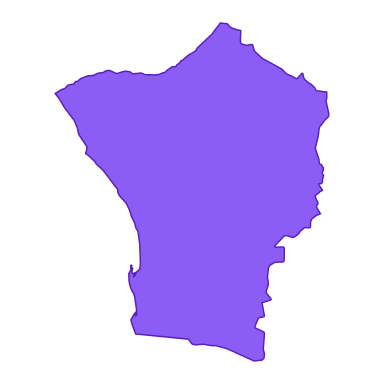 SVG path tracing the border of Erongo
{"feature_id": "NAM-3348", "entity_name": "Erongo", "entity_type": "Region", "adm_level": 1, "iso_a3": "NAM", "parent_name": "Namibia", "parent_adm1": "", "projection": "mercator", "projection_center": [15.284, -22.15], "detail": "fine", "context": "isolated", "style": "filled", "palette": "violet", "viewbox_px": 384, "rotation_deg": 0, "n_neighbors": 0, "source": "natural_earth", "source_scale": "10m", "svg_char_len": 4402}
<svg xmlns="http://www.w3.org/2000/svg" viewBox="0 0 384 384"><path d="M135.7,334.0L132.2,324.7L131.0,320.1L131.1,319.1L131.9,318.2L134.2,314.0L135.3,312.8L135.3,315.0L135.7,315.9L136.3,315.4L136.6,313.1L136.5,309.2L134.7,297.3L133.7,293.7L132.1,291.0L130.8,288.1L129.8,284.8L129.1,281.3L128.8,274.6L128.9,273.6L129.3,272.6L130.5,270.7L130.8,269.7L130.8,265.5L131.1,265.3L131.7,265.3L131.9,265.7L131.4,266.5L131.8,267.2L132.3,268.2L132.7,268.6L132.1,270.6L132.0,272.7L132.7,273.8L134.7,272.8L134.5,274.0L133.4,277.1L134.8,275.7L136.9,271.6L138.2,270.7L139.3,269.7L140.0,267.4L140.4,262.7L139.8,244.8L138.0,231.4L135.8,227.8L134.8,223.3L131.4,216.3L129.6,210.2L126.5,203.8L126.0,203.0L119.8,196.1L117.9,192.7L117.8,190.3L117.6,189.4L103.1,170.3L96.0,163.7L95.3,162.0L87.5,154.7L85.7,153.8L85.7,152.8L86.1,151.7L86.3,151.2L86.9,148.7L87.0,148.0L86.7,146.7L86.3,145.8L78.7,134.4L77.3,127.9L74.4,120.7L64.7,107.9L58.8,98.1L55.2,93.5L61.2,89.7L64.5,88.6L65.3,88.1L66.1,87.3L67.2,85.7L67.6,85.4L68.4,85.1L71.7,84.3L72.8,84.2L73.7,84.0L74.2,83.7L74.6,82.9L74.9,82.3L75.3,81.8L75.7,81.5L77.3,81.4L78.0,81.1L79.3,79.7L81.2,78.3L88.3,75.7L92.5,75.6L93.1,75.5L93.8,75.2L96.3,73.9L97.6,73.4L99.7,72.9L102.3,72.7L103.0,72.5L103.7,72.2L104.7,71.5L105.5,71.1L106.5,70.7L108.1,70.5L109.0,70.4L109.8,70.5L115.7,73.2L116.2,73.4L116.8,73.5L117.4,73.4L117.9,73.3L122.7,71.7L125.2,71.2L129.2,71.6L129.7,71.8L130.2,72.0L132.2,73.5L132.7,73.8L133.3,73.9L135.5,73.5L138.1,73.4L139.4,73.1L140.3,73.0L141.1,73.0L141.6,73.2L145.1,74.7L145.8,74.8L151.0,74.7L154.0,75.0L154.6,75.0L156.0,74.7L156.9,74.6L158.8,74.6L159.5,74.3L161.9,73.2L163.6,72.7L164.4,72.5L165.0,72.3L165.6,71.8L166.6,70.7L167.3,70.0L169.4,68.8L171.7,67.1L172.2,66.8L172.6,66.7L174.4,66.7L175.6,66.5L176.0,66.2L176.4,65.8L176.8,65.0L177.3,64.4L178.2,63.9L178.8,63.6L179.4,63.2L179.8,62.7L180.4,61.5L180.6,61.1L181.0,60.9L182.5,60.3L183.1,59.8L184.0,58.8L189.0,54.7L191.1,53.7L195.6,50.9L196.1,50.4L196.6,49.0L197.5,47.8L210.6,35.4L211.4,34.9L216.7,27.7L218.9,25.2L219.5,24.0L220.4,23.0L227.2,23.8L228.0,24.4L228.5,25.1L229.3,26.2L230.7,27.4L232.6,28.3L236.6,29.7L240.8,30.6L240.4,41.3L240.6,42.3L241.2,43.8L246.0,45.2L246.8,45.3L247.8,45.2L251.0,44.5L252.0,44.4L252.4,44.8L252.8,45.4L254.2,50.6L255.1,51.7L262.6,58.6L281.4,68.8L287.0,74.3L291.4,75.9L295.4,78.2L296.5,78.6L297.1,78.5L297.7,78.0L301.8,73.6L302.3,73.2L302.7,73.4L302.9,74.0L303.6,77.3L304.2,78.6L305.2,79.9L307.7,82.1L309.0,83.1L310.6,83.9L311.3,84.4L314.5,87.6L314.9,88.1L315.5,89.5L316.0,90.3L316.7,90.7L317.6,90.9L326.7,92.0L326.8,97.8L326.0,101.1L328.8,113.6L328.5,116.6L324.7,120.2L321.0,125.3L319.8,126.6L319.5,127.5L319.1,128.8L318.1,136.8L315.3,148.2L319.0,159.8L319.1,162.1L319.6,163.8L320.0,164.0L320.8,164.4L321.7,165.2L323.2,167.6L323.4,169.1L323.2,170.4L322.7,171.4L322.3,172.3L322.2,173.2L322.7,174.2L323.4,175.1L323.6,175.6L323.5,176.0L323.2,176.6L322.5,179.4L322.4,182.3L321.7,183.3L320.8,183.8L319.8,183.7L319.0,183.7L318.6,184.0L318.9,184.9L322.0,189.4L322.4,190.3L321.8,190.7L319.9,191.6L318.8,192.9L315.7,195.3L315.1,196.0L315.3,196.9L317.9,203.0L317.9,203.8L317.7,204.3L317.0,205.1L316.7,205.6L316.5,206.4L316.8,207.5L317.3,208.6L320.4,213.7L316.5,215.4L312.1,218.7L311.1,220.3L310.6,221.9L310.5,226.5L310.4,226.9L310.0,227.7L309.0,227.8L307.8,227.8L306.4,227.6L305.2,227.6L304.1,227.9L303.2,228.8L299.9,231.7L298.7,233.6L295.9,236.0L294.5,236.8L293.3,237.3L292.1,237.3L286.4,235.6L285.0,235.6L283.7,236.5L276.3,244.2L274.6,246.4L275.0,246.9L275.4,247.2L282.4,247.0L283.3,247.1L284.0,247.3L284.2,248.2L284.3,249.0L284.2,259.6L284.0,260.8L283.6,261.7L282.6,262.0L276.9,262.1L275.8,262.2L274.2,262.6L272.7,263.7L270.1,265.0L269.1,266.4L268.5,267.8L267.4,277.1L267.4,277.6L267.5,278.0L267.7,278.9L268.1,281.0L268.3,283.2L268.3,284.3L268.1,285.4L266.4,290.5L266.2,291.5L266.2,292.4L266.6,293.4L270.9,298.6L271.2,299.3L270.6,299.8L269.7,300.3L262.0,302.8L264.3,315.3L264.3,315.8L264.2,316.4L263.7,316.7L262.9,317.0L259.8,317.5L258.9,317.8L258.3,318.6L257.8,319.5L255.3,325.5L255.0,326.5L255.0,327.4L255.5,328.0L256.2,328.4L263.4,331.8L264.1,332.3L264.3,333.1L264.4,334.1L263.3,348.9L263.4,349.7L264.4,353.8L264.5,354.4L263.9,358.4L262.0,360.1L254.1,361.0L226.8,348.6L216.0,345.7L214.7,345.6L212.7,345.8L203.2,344.2L196.4,344.8L194.3,344.6L193.2,344.4L192.4,344.1L192.0,343.9L191.6,343.5L191.0,342.8L188.6,339.2L135.7,334.0Z" fill="#8b5cf6" stroke="#5b21b6" stroke-width="1.5"/></svg>